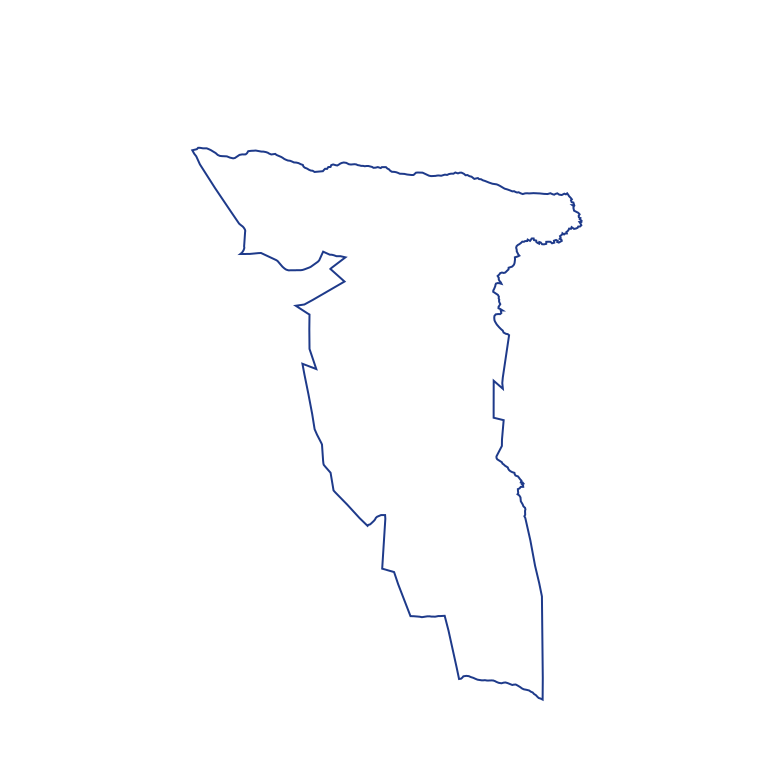 outline of Kiminini, Rift Valley, Kenya, rotated 292°
{"feature_id": "3690345B935775811379", "entity_name": "Kiminini", "entity_type": "district", "adm_level": 2, "iso_a3": "KEN", "parent_name": "Kenya", "parent_adm1": "Rift Valley", "projection": "equal_earth", "projection_center": [35.015, 0.934], "detail": "fine", "context": "isolated", "style": "outline", "palette": "blue", "viewbox_px": 768, "rotation_deg": 292, "n_neighbors": 0, "source": "geoboundaries", "source_scale": "gbopen_adm2", "svg_char_len": 6166}
<svg xmlns="http://www.w3.org/2000/svg" viewBox="0 0 768 768"><g transform="rotate(292 384 384)"><path d="M528.9,118.7L526.4,121.8L524.8,124.6L518.7,131.0L502.4,153.9L486.4,177.6L478.4,189.6L477.6,192.1L477.1,194.0L476.4,195.4L475.1,197.2L474.0,198.0L472.8,198.3L461.5,202.0L459.3,202.7L457.9,203.5L455.8,203.7L454.2,203.5L452.5,203.1L450.7,202.1L454.3,210.8L458.3,218.5L459.4,220.9L458.5,237.6L458.2,239.2L454.7,245.9L453.8,248.5L453.4,250.5L453.6,252.8L458.4,264.3L459.2,265.7L460.5,267.3L464.1,271.2L465.2,272.2L472.6,276.9L474.4,277.6L483.9,278.0L483.6,285.3L484.3,287.2L484.6,289.4L484.7,292.1L486.2,295.8L487.0,300.8L471.9,291.8L470.6,291.2L464.2,309.0L435.2,286.4L427.9,280.4L423.5,272.9L420.8,286.8L420.5,288.9L406.9,294.2L388.6,301.8L372.5,315.6L372.2,300.8L363.1,306.6L346.3,317.7L329.2,328.7L316.1,336.6L312.0,340.8L305.8,348.0L304.6,349.2L290.2,356.2L287.6,357.6L286.5,358.4L285.4,360.4L281.7,367.7L266.4,377.1L265.3,379.3L258.2,395.5L250.5,411.6L246.3,421.9L247.5,422.2L248.4,423.5L249.6,424.2L253.1,425.8L254.8,426.4L256.8,426.6L258.3,427.3L261.4,430.4L262.9,434.1L259.6,435.7L212.1,451.5L213.4,463.8L203.7,472.1L178.7,495.5L179.8,498.5L181.0,502.3L181.6,504.3L182.0,506.5L184.7,511.0L185.7,513.3L186.1,515.1L187.5,518.7L188.4,520.1L189.2,521.3L190.0,523.3L191.8,527.1L179.5,536.2L148.3,557.6L138.6,564.1L139.7,565.9L141.1,566.6L142.7,567.1L144.2,569.6L144.9,572.1L144.8,574.3L145.0,576.8L144.9,579.0L144.9,581.5L145.8,585.4L146.4,587.0L147.2,588.5L147.7,590.8L149.4,594.6L150.0,596.3L150.1,598.2L149.9,599.9L149.9,602.2L150.5,605.0L151.9,606.8L152.8,608.5L153.0,610.8L153.0,615.7L153.9,617.0L154.7,618.7L154.5,620.7L154.0,623.8L153.4,626.1L153.3,628.0L153.8,630.5L154.2,633.4L153.7,635.5L153.7,637.4L152.8,639.2L152.4,641.4L151.4,643.5L150.8,645.1L151.0,646.9L150.8,649.3L170.8,641.4L246.2,610.0L257.5,602.5L272.0,592.2L293.8,578.3L312.7,565.2L314.0,563.7L315.6,563.9L319.2,562.3L320.7,562.1L322.0,561.2L322.8,559.1L324.3,557.7L326.5,554.8L330.0,553.0L331.4,551.1L331.8,549.1L333.2,549.3L335.0,548.3L336.7,547.5L338.0,548.8L339.8,549.3L340.8,551.6L342.1,550.9L342.8,549.4L343.9,550.6L344.7,549.2L344.2,547.7L345.9,547.6L346.6,546.0L347.4,544.7L348.5,542.9L348.4,540.2L349.3,539.0L350.5,538.2L350.3,536.0L350.5,533.9L351.0,532.3L351.8,531.1L353.0,530.0L353.6,526.7L354.2,525.3L354.6,523.6L355.6,522.6L356.6,517.2L357.6,516.0L359.0,515.4L370.7,516.5L376.7,514.2L395.3,508.5L393.8,498.3L401.7,495.1L428.1,484.5L424.1,496.0L429.2,493.3L434.6,491.7L476.1,481.7L476.6,480.0L476.2,478.2L476.5,475.6L478.0,474.1L478.6,472.2L479.7,469.6L481.4,466.3L483.2,463.9L484.3,462.7L485.7,461.9L487.0,461.3L488.5,460.9L490.4,461.5L491.5,463.4L492.3,465.5L493.7,466.2L495.9,464.7L496.6,466.4L497.1,463.6L497.1,461.8L498.4,461.3L501.6,461.9L502.9,460.4L504.1,459.5L505.3,459.3L506.4,458.2L508.0,457.8L509.3,456.2L510.4,450.7L511.8,450.3L513.3,450.5L515.2,450.5L516.5,450.5L517.7,450.2L519.0,450.2L520.2,451.6L520.7,453.4L520.9,455.4L522.0,454.2L523.0,452.2L524.0,451.2L525.5,450.6L526.7,448.9L528.8,449.9L530.3,450.2L531.5,451.6L531.8,453.4L532.8,454.7L535.6,455.9L536.8,456.5L538.5,456.0L540.7,458.7L541.9,459.3L543.4,459.8L545.2,459.7L548.6,458.8L550.5,457.9L552.3,460.2L553.7,461.4L554.4,460.0L555.4,458.9L556.7,457.4L558.1,456.8L559.8,455.5L561.4,455.3L563.0,456.0L564.5,457.2L566.2,458.2L567.8,458.9L568.3,460.5L569.3,461.2L570.2,463.2L571.7,463.1L571.4,465.8L572.8,466.2L574.2,466.4L575.0,468.2L573.6,469.2L574.0,471.4L572.7,472.1L572.3,473.6L572.2,475.2L573.8,474.8L573.9,476.3L572.8,478.2L573.4,480.0L574.7,481.9L576.6,481.2L577.5,483.1L578.2,485.1L577.4,487.1L578.8,488.9L580.5,487.9L582.0,489.6L581.8,491.4L580.6,491.4L580.6,493.1L583.3,495.2L584.4,494.3L584.4,492.5L585.9,492.9L587.0,491.8L589.4,493.2L590.6,493.0L590.1,494.9L591.3,495.5L592.1,497.1L593.2,496.2L594.8,497.1L596.0,497.4L597.4,497.4L597.9,499.2L599.7,499.2L599.0,502.1L600.2,503.9L601.4,505.0L602.7,505.1L603.5,506.8L605.1,507.5L606.3,506.2L607.4,504.6L608.2,506.3L609.4,506.0L610.1,503.8L611.4,504.0L611.5,502.3L612.8,501.5L614.6,501.8L615.5,500.0L615.9,495.3L618.3,493.6L619.8,493.5L620.4,491.6L621.1,493.3L623.2,491.6L622.9,489.9L624.4,488.5L625.6,489.0L626.5,487.4L627.5,485.2L628.4,484.0L629.4,482.4L628.0,481.6L628.0,479.9L625.8,478.0L625.2,475.5L625.7,473.3L624.4,471.7L623.3,470.9L623.1,469.2L623.2,466.8L621.4,464.5L620.2,461.1L619.1,457.2L617.0,451.2L615.0,447.0L614.5,445.3L613.6,443.4L612.1,441.5L612.0,439.5L612.2,437.0L611.4,435.7L611.3,434.1L611.5,432.5L610.7,430.8L610.7,428.1L610.6,425.4L610.3,422.6L611.1,417.5L611.3,415.3L611.3,413.7L610.3,409.5L610.1,405.9L610.1,401.6L609.9,399.3L610.2,397.3L609.6,395.4L610.1,393.9L609.1,392.4L608.0,390.9L609.0,387.5L608.7,385.4L609.0,383.1L608.1,381.4L608.8,379.5L609.0,376.8L608.3,375.1L607.0,373.7L606.8,370.9L605.0,369.6L604.2,367.5L603.0,365.6L601.5,364.2L600.9,362.0L598.5,359.0L597.9,356.8L597.3,355.4L596.2,353.7L594.4,349.8L594.0,347.7L594.4,340.6L592.7,336.0L591.9,334.5L588.9,333.1L588.1,331.3L586.9,327.0L586.4,324.1L585.5,321.5L584.9,320.0L585.0,317.6L584.9,315.8L584.5,314.0L583.7,311.7L584.2,309.5L584.9,308.2L585.0,306.5L585.8,304.5L584.3,300.8L583.0,300.1L582.8,297.0L581.4,295.1L580.5,293.2L580.8,291.7L580.3,288.0L579.5,286.0L578.7,284.6L578.4,282.8L577.7,281.2L577.5,279.4L577.1,277.6L577.2,276.0L576.7,274.2L575.1,271.1L574.6,269.1L574.9,266.2L574.3,263.7L573.2,262.1L572.0,260.9L570.6,260.0L569.1,258.8L568.8,257.3L568.5,254.6L567.2,253.1L565.2,253.1L564.3,251.1L562.1,250.6L561.5,248.8L560.2,248.2L558.4,247.6L554.6,240.2L555.0,237.9L554.5,236.3L554.5,234.4L554.9,232.0L554.9,229.4L555.5,227.8L556.7,226.7L556.6,224.4L556.8,222.0L556.4,219.5L555.7,217.6L555.8,215.5L555.8,213.4L555.2,211.1L555.2,208.8L555.3,207.2L555.7,205.6L556.0,203.8L556.1,198.5L556.6,197.0L554.6,193.5L554.6,191.3L554.9,189.7L554.8,187.7L554.3,185.2L553.6,183.4L552.4,177.6L551.4,175.6L550.5,173.6L549.0,170.9L546.6,170.5L545.1,169.7L544.4,168.2L543.7,166.4L542.3,164.2L537.7,161.1L536.7,159.6L536.2,156.4L536.2,153.1L535.6,151.3L534.6,148.5L534.0,146.3L534.1,144.0L535.1,141.3L535.5,138.7L536.0,135.7L536.1,133.2L536.1,131.4L534.7,127.9L534.1,125.1L533.4,123.2L531.6,122.5L528.9,118.7Z" fill="none" stroke="#1e3a8a" stroke-width="2"/></g></svg>